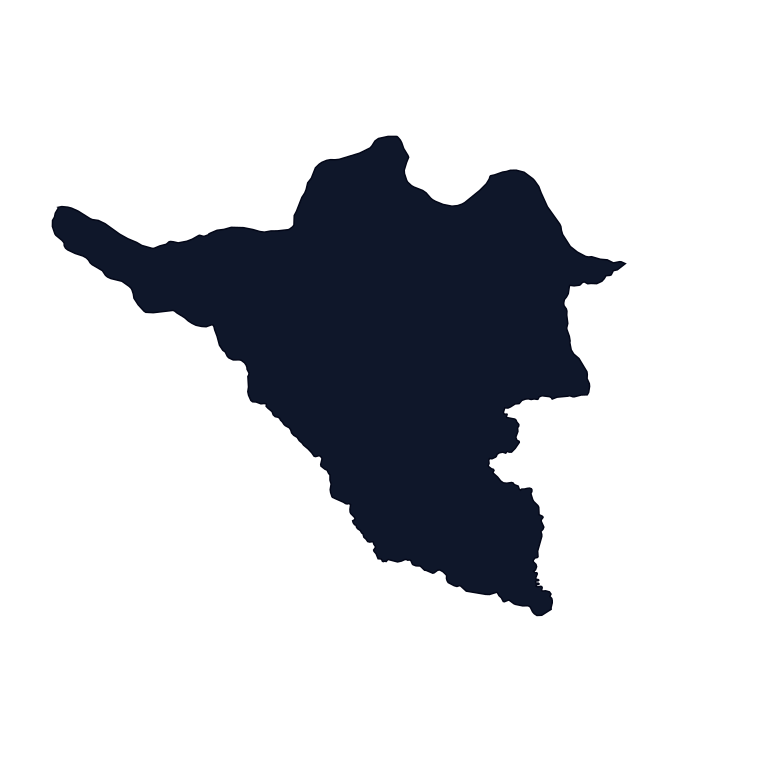 the district of La Celia, Risaralda, Colombia, rotated 342°
{"feature_id": "7082276B6796098252529", "entity_name": "La Celia", "entity_type": "district", "adm_level": 2, "iso_a3": "COL", "parent_name": "Colombia", "parent_adm1": "Risaralda", "projection": "albers", "projection_center": [-76.011, 4.98], "detail": "fine", "context": "isolated", "style": "filled", "palette": "ink", "viewbox_px": 768, "rotation_deg": 342, "n_neighbors": 0, "source": "geoboundaries", "source_scale": "gbopen_adm2", "svg_char_len": 6171}
<svg xmlns="http://www.w3.org/2000/svg" viewBox="0 0 768 768"><g transform="rotate(342 384 384)"><path d="M650.7,344.1L647.4,341.1L646.0,340.5L639.6,339.7L634.7,334.9L628.3,332.2L620.8,327.1L617.8,326.4L615.2,325.0L608.7,318.3L603.7,310.8L600.1,297.0L600.2,292.8L600.9,288.8L600.6,286.2L594.2,265.9L592.5,250.6L592.2,243.9L590.0,236.9L589.0,234.8L582.7,225.9L575.8,221.5L570.2,219.8L566.0,219.7L562.3,219.1L553.8,219.3L549.8,218.9L549.0,219.3L547.4,221.6L543.2,225.2L534.8,229.5L516.9,236.4L513.9,237.0L509.2,237.1L503.6,235.9L495.7,231.5L489.4,226.2L487.1,223.7L485.8,221.6L483.1,215.2L480.6,211.9L473.3,205.9L471.4,203.8L468.9,199.3L468.5,197.3L468.5,190.2L469.3,186.9L473.9,180.3L477.5,176.0L477.4,174.1L475.5,166.1L475.4,160.1L474.9,157.1L473.6,153.9L472.9,152.7L472.1,152.3L464.5,149.8L454.6,148.8L450.5,150.1L446.1,153.8L443.7,155.2L432.0,156.9L410.8,156.5L406.7,155.6L402.4,154.1L398.6,153.6L393.4,154.0L390.3,154.9L385.6,157.2L378.5,165.8L373.6,169.1L370.1,174.9L367.7,177.8L363.6,181.1L354.1,192.7L350.7,196.0L347.5,204.9L345.8,206.2L341.8,207.6L340.4,207.6L329.8,205.4L323.7,203.5L317.2,202.6L313.0,200.6L307.1,196.6L298.7,191.9L287.1,187.8L279.6,187.5L272.7,186.2L266.0,186.8L263.9,187.1L263.0,187.8L259.2,188.0L257.8,187.7L254.7,185.6L253.7,185.5L246.4,187.0L240.6,187.3L231.9,186.2L227.7,183.7L225.1,182.5L223.6,182.3L220.1,183.8L213.4,183.4L207.2,183.9L205.5,183.4L196.5,177.4L192.5,172.9L185.2,166.6L178.9,159.8L168.4,145.5L162.9,140.2L157.4,137.5L155.6,135.9L146.6,125.1L141.2,120.2L137.9,118.1L132.4,115.7L128.7,115.3L129.0,115.7L124.2,119.9L122.2,123.4L119.3,126.0L117.3,131.7L117.4,139.6L117.9,141.2L122.1,147.8L123.1,150.2L123.3,151.1L122.6,153.7L123.1,156.4L124.6,158.7L130.6,164.4L137.2,169.2L139.9,172.1L141.3,174.9L142.0,178.0L143.3,180.3L151.2,189.2L152.7,194.6L154.1,196.8L156.8,199.3L166.5,205.3L171.8,212.4L173.1,214.9L173.4,216.6L173.4,220.8L172.7,225.2L174.7,232.7L178.3,240.6L179.6,242.2L186.7,244.9L206.1,248.8L207.4,249.9L209.0,252.4L214.8,259.2L217.4,263.6L220.1,266.9L223.3,270.0L228.3,272.9L232.6,274.6L238.3,274.4L239.6,275.1L240.0,276.9L239.7,280.1L240.0,287.1L239.5,296.3L241.1,302.1L242.9,304.5L243.5,309.1L244.4,311.1L248.0,314.5L253.8,316.3L255.5,317.3L257.9,320.7L258.7,323.5L258.8,325.8L258.3,327.7L259.0,331.9L258.1,333.7L256.9,334.7L254.2,345.0L252.1,349.2L251.7,352.9L252.3,358.5L253.5,360.3L256.8,361.6L260.8,364.8L263.9,365.5L265.7,366.4L265.9,367.0L265.0,368.8L266.2,371.3L269.0,375.7L269.1,379.1L270.4,381.4L273.0,382.9L274.1,384.3L274.4,386.3L275.6,388.7L276.4,391.6L277.3,393.2L280.4,396.4L281.1,398.9L281.0,401.9L282.3,404.9L284.9,407.9L285.9,411.7L287.8,414.8L288.6,417.3L291.7,422.2L294.0,427.1L295.2,431.1L296.5,431.9L300.0,432.1L300.7,432.5L301.8,434.4L302.0,435.9L298.9,441.0L298.7,442.7L301.5,446.8L303.2,448.3L303.7,451.9L304.5,453.9L302.9,458.8L302.8,462.8L300.2,467.8L299.7,470.7L299.7,475.0L300.0,475.9L309.0,484.0L310.4,485.8L311.9,486.7L313.9,486.9L314.9,488.4L312.9,492.6L312.2,495.3L312.4,497.0L314.6,501.4L314.9,502.8L314.2,503.9L311.9,504.4L311.8,506.4L312.5,508.7L313.8,509.8L313.6,511.6L314.1,513.4L316.2,516.1L316.7,518.7L317.7,520.0L317.5,523.5L319.0,526.1L319.8,528.8L321.5,529.9L324.3,530.4L324.9,531.1L324.8,533.2L325.6,536.0L325.3,536.8L322.8,538.7L322.8,540.2L324.0,542.9L324.4,548.4L327.0,549.4L327.7,551.0L327.7,552.1L328.4,552.7L329.7,552.7L331.3,553.5L332.9,552.4L333.9,552.3L341.9,557.4L345.9,557.8L349.7,557.4L351.3,558.0L351.9,558.8L354.3,559.4L355.0,560.4L355.3,563.9L355.8,564.9L358.2,566.8L362.2,568.3L365.0,573.6L366.5,574.3L371.9,579.0L373.3,579.1L377.5,577.7L379.6,578.1L382.1,580.8L384.1,584.6L384.3,585.7L383.3,588.2L383.2,590.5L383.7,592.7L388.4,597.5L390.8,599.1L393.5,599.1L394.4,599.7L398.2,606.4L415.7,615.5L419.3,616.8L426.7,616.9L427.3,617.4L428.0,620.9L429.5,623.5L430.2,627.7L431.2,628.3L435.5,628.0L436.3,628.4L439.7,633.2L440.9,634.2L447.4,637.9L451.9,639.2L453.3,640.1L454.2,641.5L454.9,646.5L455.9,648.9L457.9,651.4L462.6,652.7L473.4,649.9L473.7,648.5L476.4,644.1L477.1,641.9L477.3,639.8L476.1,637.2L477.9,635.4L477.1,632.8L473.8,630.6L470.6,629.9L470.2,628.7L471.5,626.7L471.4,625.4L470.5,624.8L467.6,624.5L466.2,623.4L466.7,622.1L469.3,622.4L469.7,622.0L469.1,621.0L467.0,620.4L467.0,618.8L468.0,618.3L469.8,618.8L470.6,618.4L470.3,617.7L468.4,616.7L468.3,615.4L471.1,612.0L471.2,611.2L470.8,610.6L469.5,610.3L468.3,608.3L470.6,607.6L472.7,604.9L472.8,602.5L471.1,599.2L471.4,597.8L473.8,596.1L476.1,596.4L477.1,595.9L478.5,590.4L487.0,577.7L487.6,575.7L487.6,572.8L490.3,571.3L491.8,569.5L491.1,563.0L491.7,561.7L494.0,560.1L494.1,559.5L493.6,558.5L491.1,556.2L493.1,549.0L492.8,547.2L490.1,542.0L489.7,539.8L489.8,534.1L490.3,532.9L491.3,532.2L492.0,530.4L491.8,529.2L490.3,528.0L487.9,527.5L485.2,527.3L482.4,526.5L481.0,527.2L480.1,525.5L480.1,522.6L476.8,519.9L476.2,518.0L474.9,517.1L470.1,516.3L467.0,514.9L465.0,512.2L463.3,507.6L460.4,502.6L460.3,501.8L461.9,500.2L461.7,499.0L460.0,497.8L457.9,494.7L457.9,493.8L459.4,492.0L460.0,488.9L461.3,487.5L463.6,488.5L467.6,488.0L468.5,487.5L469.9,485.8L472.4,485.1L475.8,485.5L478.4,487.4L479.7,486.4L480.6,486.3L482.0,487.5L484.3,488.2L488.9,485.8L494.6,481.4L494.8,480.3L493.0,478.5L492.9,475.3L496.7,470.5L497.5,467.0L499.2,465.6L499.7,464.1L498.6,461.3L498.4,459.1L497.6,457.8L490.4,453.8L490.4,452.7L491.7,451.1L491.6,450.6L489.2,450.0L488.8,448.6L488.9,447.7L491.5,444.0L494.5,445.2L497.3,444.9L502.6,443.5L506.5,444.4L510.1,442.2L513.9,442.1L516.7,442.7L519.1,444.2L522.2,444.6L525.0,446.0L525.8,446.0L527.6,444.2L530.6,444.0L537.5,447.2L538.8,448.5L539.3,450.3L544.5,450.0L555.1,452.4L556.9,452.5L559.8,454.6L561.2,455.0L568.1,455.4L574.0,457.1L576.1,455.1L578.8,449.8L579.4,447.0L578.8,441.6L580.3,437.8L580.8,435.1L577.3,420.0L573.7,414.1L572.6,409.4L573.5,402.1L574.3,400.5L575.0,395.9L574.8,388.6L575.1,387.1L577.5,383.2L579.1,374.9L580.5,371.2L580.6,368.9L579.4,365.0L579.9,362.6L581.6,359.5L584.6,357.5L587.2,355.0L590.4,348.5L591.3,347.6L595.1,349.4L600.2,350.4L601.3,350.3L604.2,348.7L606.1,348.8L608.7,351.6L611.9,352.3L617.3,354.3L623.0,353.6L626.0,351.9L628.6,349.6L632.4,350.5L633.8,350.4L637.1,347.1L641.2,347.5L650.7,344.1Z" fill="#0f172a" stroke="#020617" stroke-width="1.5"/></g></svg>